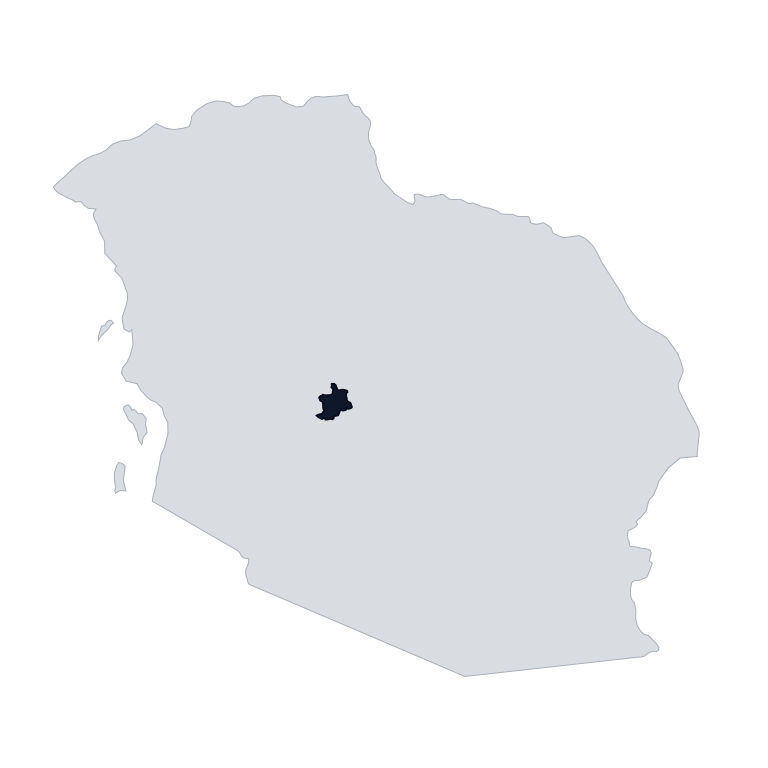 Dodoma Urban, Dodoma, United Republic of Tanzania (highlighted), rotated 174°
{"feature_id": "72390352B24669678050336", "entity_name": "Dodoma Urban", "entity_type": "district", "adm_level": 2, "iso_a3": "TZA", "parent_name": "United Republic of Tanzania", "parent_adm1": "Dodoma", "projection": "orthographic", "projection_center": [35.794, -6.146], "detail": "fine", "context": "in_parent", "style": "filled", "palette": "ink", "viewbox_px": 768, "rotation_deg": 174, "n_neighbors": 0, "source": "geoboundaries", "source_scale": "gbopen_adm2", "svg_char_len": 8562}
<svg xmlns="http://www.w3.org/2000/svg" viewBox="0 0 768 768"><g transform="rotate(174 384 384)"><path d="M277.1,554.9L268.0,550.1L259.8,547.3L253.1,544.1L250.1,541.0L243.8,539.8L238.4,539.3L233.3,536.5L223.0,535.4L221.8,533.5L221.6,529.2L219.8,528.1L216.0,527.0L212.0,527.1L209.5,527.7L208.1,527.4L204.7,524.9L201.5,521.7L200.3,516.6L195.5,513.3L190.1,510.7L174.9,511.1L172.6,510.3L168.9,507.8L164.7,503.5L161.2,498.6L158.2,491.9L155.0,482.9L137.2,447.1L135.3,440.3L131.9,432.8L126.2,423.5L120.2,416.7L112.2,410.6L103.0,404.4L98.1,400.3L88.6,383.4L86.6,375.5L85.0,367.3L85.6,364.0L91.3,353.3L91.8,350.3L91.1,346.3L88.1,337.9L84.4,327.7L76.8,309.1L75.7,304.4L75.8,300.9L79.9,281.9L79.9,279.2L97.3,279.4L110.0,270.9L121.0,258.4L123.2,253.2L127.6,245.2L132.1,241.2L133.7,238.4L136.3,230.5L142.1,225.0L147.7,220.9L146.5,217.9L147.4,216.9L150.5,214.7L156.5,212.7L157.6,208.6L157.6,203.9L156.6,201.3L156.8,198.2L155.8,196.5L151.9,196.1L146.0,193.9L141.1,192.9L137.7,191.6L136.5,190.6L136.0,187.7L138.7,180.5L135.9,177.6L142.0,165.5L143.1,164.0L145.3,163.8L148.8,162.5L152.1,161.9L154.7,162.3L156.7,161.8L158.4,160.4L159.8,156.3L161.0,149.5L160.3,144.0L157.8,139.7L157.1,133.2L158.2,124.4L157.4,117.1L154.5,111.4L151.7,107.9L147.3,106.3L140.4,97.5L138.2,93.2L138.6,90.6L141.0,89.4L145.4,89.8L149.5,88.7L153.4,86.2L157.1,85.5L159.1,85.8L334.2,84.7L539.0,198.8L539.9,200.2L541.5,210.0L541.1,213.3L537.9,219.0L537.0,222.0L537.0,224.0L537.7,224.8L540.4,225.1L542.7,226.5L543.6,227.6L545.3,231.8L547.5,234.0L625.0,290.4L626.7,291.3L625.6,296.0L621.1,307.4L620.9,312.1L619.1,317.7L617.5,321.4L612.9,337.4L609.2,343.4L604.0,357.5L603.1,368.3L605.9,375.8L606.9,382.9L612.8,389.8L617.6,392.4L620.8,395.5L626.4,402.8L629.6,410.1L639.9,413.7L643.9,421.9L642.4,427.5L637.6,432.1L633.1,439.6L629.4,449.4L629.2,464.5L631.6,462.2L637.0,466.0L637.6,477.1L631.9,490.0L630.1,496.0L629.8,501.2L633.7,516.7L639.8,524.6L639.3,527.1L637.7,529.2L648.0,543.2L647.0,555.3L650.8,564.8L652.5,573.0L655.0,579.2L655.4,583.6L652.1,588.3L659.7,589.6L664.2,593.6L666.2,597.3L671.7,597.2L674.7,599.8L678.9,602.0L688.3,608.3L690.8,611.5L692.3,614.6L666.0,634.2L656.5,639.3L649.8,641.6L642.6,642.9L635.7,645.9L629.2,650.8L620.9,653.2L610.9,653.2L600.3,656.5L583.6,666.7L574.0,661.0L566.4,659.1L557.6,659.3L552.3,660.0L550.4,661.2L548.7,664.7L547.2,670.4L541.5,675.9L531.4,681.1L522.2,683.0L513.7,681.7L508.0,679.5L505.0,676.4L500.6,675.0L494.8,675.2L489.2,677.4L483.9,681.5L475.4,683.3L463.7,682.7L457.4,680.7L456.6,677.3L451.5,673.3L442.1,668.7L435.2,668.6L430.8,673.0L426.7,675.8L423.1,676.9L419.8,677.0L415.1,675.8L402.1,675.4L389.9,675.6L388.7,669.2L386.1,665.3L383.9,663.0L379.7,662.4L378.5,660.6L377.1,656.7L375.0,653.3L372.2,650.5L370.5,647.9L370.0,645.5L370.4,642.8L372.9,636.3L373.7,631.8L373.4,627.2L372.0,622.5L369.1,616.9L369.4,615.3L368.4,611.5L368.3,608.8L368.8,605.5L368.3,601.1L365.7,591.7L365.7,589.3L363.0,584.8L354.8,574.0L354.4,572.6L341.6,561.9L336.4,559.5L334.6,561.5L333.9,563.4L334.5,566.9L334.2,568.6L333.6,569.4L330.6,569.3L328.7,568.9L323.8,566.0L320.0,565.3L310.6,565.9L307.4,566.6L304.8,565.9L299.8,561.0L293.9,560.0L288.7,559.7L280.0,554.1L277.1,554.9ZM641.5,374.3L645.7,386.3L645.1,388.5L642.1,389.8L640.5,390.0L638.7,388.0L637.4,384.0L635.1,384.9L631.3,380.1L627.4,379.9L624.1,374.1L625.4,369.1L624.7,360.6L628.9,356.3L631.2,348.9L633.9,354.0L634.5,361.8L638.0,371.0L641.5,374.3ZM662.4,303.5L662.8,306.3L661.9,309.0L662.0,317.4L661.6,323.1L658.4,330.8L655.8,333.6L653.5,332.7L651.6,331.4L650.1,329.3L653.3,315.1L651.8,304.6L657.7,305.6L662.4,303.5ZM652.6,475.3L649.6,476.0L648.4,475.3L646.6,472.9L649.8,471.0L652.9,467.1L660.2,461.5L663.6,457.0L663.0,461.4L658.9,471.0L655.4,471.6L652.6,475.3Z" fill="#d9dde1" stroke="#a8b0b8" stroke-width="1"/><path d="M432.6,388.6L432.8,388.6L432.9,388.9L433.1,389.1L433.3,389.4L433.4,389.5L433.6,389.6L433.9,389.6L434.5,389.7L434.8,389.7L435.2,389.7L435.7,389.8L436.1,389.8L436.2,389.6L436.2,389.2L436.2,388.8L436.1,388.3L436.1,388.1L436.2,387.9L436.3,387.7L436.5,387.2L436.5,386.9L436.6,386.6L436.6,386.4L436.7,386.1L436.8,386.0L436.7,385.9L436.5,385.7L436.0,385.1L435.6,384.5L435.4,384.2L435.3,383.9L435.2,383.6L435.2,383.4L435.3,383.2L435.5,382.9L435.7,382.5L435.8,382.2L435.9,381.8L436.0,381.1L436.1,380.8L436.1,380.6L436.1,379.6L436.4,379.6L436.5,379.5L436.9,379.4L437.0,379.4L437.3,379.2L437.5,379.1L437.7,378.9L437.8,378.9L438.4,378.7L438.5,378.7L438.8,378.7L438.9,378.8L439.4,378.8L439.5,378.8L439.8,378.8L440.1,378.8L440.4,378.9L440.6,378.9L440.9,378.9L441.8,378.9L442.0,378.9L442.6,379.0L443.2,379.1L443.4,379.1L443.6,379.1L443.9,379.1L444.1,379.1L444.6,379.3L445.1,379.5L445.6,379.8L446.0,379.9L446.4,379.6L446.9,379.2L447.2,378.9L447.4,378.8L447.6,378.8L447.8,378.9L448.2,379.0L448.3,379.0L448.5,378.8L448.8,378.5L449.3,378.1L449.8,377.7L450.0,377.4L450.2,377.2L450.0,376.7L449.8,376.1L449.6,375.6L449.5,374.9L449.4,374.4L449.3,374.1L449.1,374.0L448.8,373.8L448.6,373.6L448.0,373.4L447.8,373.3L447.2,373.1L447.1,372.9L447.1,372.6L447.1,372.3L447.0,372.1L447.0,371.7L447.0,371.2L447.0,370.9L447.0,370.6L447.0,370.4L446.9,369.9L446.8,369.4L446.9,369.2L447.1,368.5L447.1,368.0L447.1,367.5L447.1,367.4L447.1,367.0L447.1,366.5L447.1,365.8L447.1,365.4L446.9,365.1L446.6,365.0L446.3,364.9L446.2,364.9L445.9,364.8L445.9,364.7L446.1,364.5L446.2,364.2L446.5,364.0L446.4,363.8L446.5,363.6L446.9,363.2L447.1,363.1L447.3,362.9L447.4,362.7L447.6,362.5L447.7,362.4L447.8,362.2L448.1,362.0L448.1,361.8L448.1,361.7L448.3,361.3L448.6,361.1L448.9,361.0L449.1,361.0L449.6,360.9L449.8,360.9L450.3,360.7L450.8,360.7L451.4,360.6L451.7,360.6L452.4,360.5L453.1,360.3L453.4,360.1L454.0,360.0L454.5,359.8L454.6,359.7L454.3,359.5L454.2,359.3L454.1,359.2L453.8,358.7L453.7,358.7L453.5,358.4L453.4,358.3L453.2,358.2L452.9,357.9L452.8,357.7L452.7,357.7L452.4,357.4L452.1,357.2L451.9,357.1L451.6,357.0L451.3,356.8L451.1,356.8L451.1,356.7L450.7,356.4L450.5,356.1L450.3,356.0L450.1,355.9L449.9,355.8L449.8,355.7L449.6,355.7L449.4,355.7L449.0,355.6L448.9,355.7L448.5,355.8L448.2,355.9L447.7,356.1L447.3,356.1L447.1,356.1L446.8,356.0L446.5,356.0L446.4,355.8L446.4,355.5L446.4,355.4L446.3,355.1L446.2,354.9L446.1,354.6L445.8,354.5L445.0,354.5L444.8,354.5L444.3,354.5L443.6,354.5L443.1,354.5L442.8,354.5L442.2,354.7L441.9,354.8L441.7,354.9L441.5,355.0L441.4,354.9L441.2,354.9L440.8,354.8L440.6,354.6L440.3,354.5L440.2,354.5L439.6,354.3L439.4,354.2L438.9,354.2L438.9,354.5L438.3,354.7L438.0,354.8L437.7,354.8L437.5,355.2L437.5,355.6L437.4,356.8L436.9,356.9L436.4,357.1L435.9,357.2L435.5,357.3L435.3,357.3L434.5,357.3L434.1,357.3L433.6,357.4L433.3,357.5L433.1,357.4L432.9,357.5L432.7,357.6L432.6,357.9L432.5,358.0L432.4,358.3L432.2,358.6L431.9,359.1L431.7,359.5L431.6,359.9L431.5,360.2L431.4,360.4L431.2,360.5L430.9,361.0L430.7,361.4L430.5,361.8L430.0,362.3L429.8,362.5L429.6,362.8L429.0,362.4L428.8,362.3L428.3,362.0L427.7,361.7L427.2,361.7L426.5,361.8L425.9,361.9L425.4,361.9L424.9,361.9L424.7,362.1L424.3,362.4L424.0,362.6L423.8,362.8L423.7,362.9L423.8,363.6L423.9,363.9L423.9,364.1L423.3,363.9L423.2,363.8L422.4,363.3L422.3,363.2L422.0,363.0L422.0,362.9L421.8,362.9L421.0,363.0L420.4,363.1L420.0,363.2L419.8,363.3L419.6,363.4L419.3,363.4L419.2,363.5L418.8,363.7L418.6,363.8L418.5,364.0L418.2,364.3L418.2,364.8L418.2,365.0L418.3,365.3L418.4,365.6L418.5,365.8L418.6,366.1L418.7,366.4L418.7,366.8L418.8,367.2L418.8,367.5L419.0,368.1L419.1,368.5L419.3,368.9L419.5,369.0L419.8,369.2L419.8,369.3L420.1,369.5L420.3,369.5L420.6,369.6L420.8,369.7L421.0,369.9L421.1,370.0L421.3,370.3L421.6,370.6L421.8,370.8L422.0,371.0L422.2,371.3L422.3,371.5L422.5,371.7L422.6,371.9L422.6,372.0L422.6,372.4L422.4,372.7L422.4,372.9L422.4,373.1L422.4,373.6L422.4,373.8L422.4,374.0L422.5,374.3L422.5,374.5L422.7,374.8L422.8,375.2L422.8,375.5L422.7,375.8L422.7,376.2L422.6,377.0L422.6,377.3L422.6,377.6L422.5,377.8L422.4,377.9L422.3,378.1L422.2,378.3L422.1,378.6L422.1,379.0L422.0,379.3L421.9,379.4L421.7,379.5L421.3,379.6L421.1,379.6L421.1,380.5L421.1,380.8L421.1,381.0L421.3,381.1L421.6,381.2L421.6,381.3L422.0,381.6L422.5,381.8L422.8,381.9L423.1,382.0L423.7,382.2L423.9,382.3L424.2,382.4L424.4,382.5L424.7,382.6L424.9,382.6L425.0,382.7L425.2,382.8L425.6,382.8L426.2,382.8L426.4,382.8L427.3,382.7L427.5,382.7L427.8,382.7L428.2,382.7L428.3,382.7L428.6,382.2L428.8,382.1L429.1,382.2L429.5,382.4L429.8,382.5L430.0,382.8L430.7,383.5L430.9,383.8L431.2,384.0L431.1,384.5L431.1,384.8L431.2,385.0L431.3,385.4L431.6,386.3L431.7,386.8L431.8,387.3L431.9,387.6L432.0,388.0L432.2,388.3L432.3,388.4L432.4,388.5L432.5,388.5L432.6,388.6Z" fill="#0f172a" stroke="#020617" stroke-width="1.5"/></g></svg>